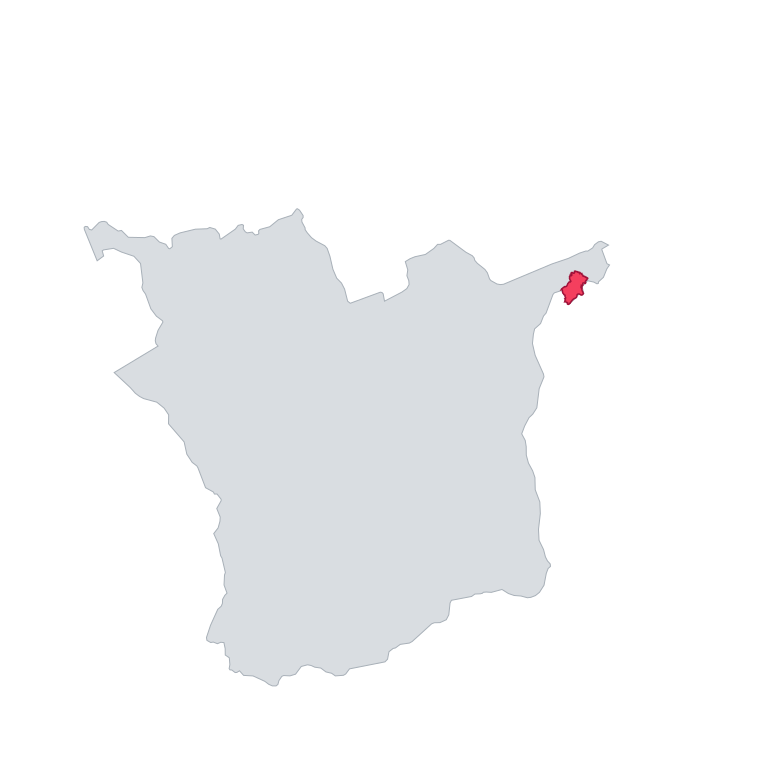 Luozi, Bas-Congo, Democratic Republic of the Congo shown in context, rotated 158°
{"feature_id": "63176286B40063645047483", "entity_name": "Luozi", "entity_type": "district", "adm_level": 2, "iso_a3": "COD", "parent_name": "Democratic Republic of the Congo", "parent_adm1": "Bas-Congo", "projection": "mercator", "projection_center": [13.9, -4.819], "detail": "fine", "context": "in_parent", "style": "filled", "palette": "rose", "viewbox_px": 768, "rotation_deg": 158, "n_neighbors": 0, "source": "geoboundaries", "source_scale": "gbopen_adm2", "svg_char_len": 8153}
<svg xmlns="http://www.w3.org/2000/svg" viewBox="0 0 768 768"><g transform="rotate(158 384 384)"><path d="M629.9,495.7L579.3,503.8L580.3,506.7L579.9,509.7L578.6,512.1L573.4,518.4L565.8,524.2L565.7,525.6L569.6,532.1L572.0,541.0L571.4,556.7L572.4,560.9L572.3,564.3L569.7,568.0L564.6,586.9L568.0,596.1L578.0,604.7L583.9,611.1L593.8,613.4L595.4,613.0L596.0,607.7L603.8,605.7L603.9,639.7L603.3,641.6L601.9,642.0L599.9,640.9L599.3,637.7L597.3,636.3L587.6,640.5L585.2,640.4L582.5,639.6L580.5,637.9L580.0,635.3L573.2,625.4L569.9,624.7L566.1,615.8L550.9,609.3L545.1,608.8L542.1,606.8L539.1,599.8L534.0,595.3L532.9,590.3L531.9,589.6L528.8,590.6L526.1,598.5L522.7,600.3L516.5,600.5L500.9,598.2L489.8,594.2L486.9,594.4L482.4,590.8L480.6,584.7L481.6,580.0L480.8,579.4L463.8,583.3L459.8,585.7L455.9,585.1L454.8,583.8L456.4,580.6L455.6,577.1L454.3,575.4L449.3,574.2L447.7,570.4L444.7,569.9L443.7,570.4L442.9,573.0L441.1,573.8L431.0,572.6L420.4,575.9L406.3,575.0L399.6,579.0L398.6,578.9L397.2,576.8L395.9,570.5L396.6,568.7L398.7,567.4L399.4,564.9L398.7,558.3L399.3,556.7L398.5,552.9L396.4,546.8L393.4,541.9L387.1,534.4L385.9,531.0L386.3,522.7L388.4,509.5L388.2,499.8L385.6,493.5L385.0,486.7L386.7,474.4L385.0,471.5L353.0,470.5L351.6,469.6L351.0,467.9L352.5,460.6L333.0,462.5L327.1,463.9L323.5,466.8L322.3,470.5L322.2,475.8L319.2,480.9L318.4,489.5L313.0,490.4L307.6,490.4L297.1,488.6L287.0,491.0L282.0,493.4L279.4,492.3L270.3,493.1L269.1,492.5L258.7,475.5L254.1,469.9L253.2,467.2L253.5,464.6L252.3,461.0L247.5,452.4L246.5,448.3L246.8,442.0L246.2,439.9L241.8,434.4L238.9,432.6L235.8,431.7L183.4,432.4L166.1,431.4L153.5,432.1L147.1,431.7L145.3,430.9L139.6,432.0L136.5,434.3L132.0,435.5L129.2,435.0L123.8,428.7L131.2,427.6L131.7,427.0L132.2,412.0L130.3,409.9L134.2,407.3L140.6,400.7L146.8,398.4L147.6,397.0L149.0,397.1L151.3,399.9L156.6,403.5L163.3,400.3L164.0,399.4L164.8,393.0L166.5,392.4L169.3,393.8L170.9,393.8L173.8,392.0L182.3,388.7L184.8,392.9L182.5,396.6L183.6,399.2L183.8,403.3L185.2,404.2L191.9,404.7L193.8,403.7L207.2,389.0L210.6,387.3L216.2,381.4L223.7,378.7L226.9,374.1L231.2,365.9L233.1,354.0L232.4,333.5L233.0,330.7L241.9,321.5L251.2,304.7L257.4,300.3L262.1,298.5L269.3,292.4L275.0,286.2L274.2,278.8L275.6,272.7L278.7,264.8L279.7,256.6L278.7,247.8L279.1,240.7L283.4,229.3L283.7,216.3L287.6,205.3L295.2,191.4L298.8,181.0L298.1,170.7L299.1,163.2L298.7,158.7L297.3,154.9L298.0,152.5L300.9,151.5L304.5,147.6L311.0,137.5L317.9,132.6L322.8,131.1L327.8,131.2L331.1,132.1L336.4,136.1L342.6,139.2L347.1,143.1L351.6,149.3L362.5,150.6L367.1,152.8L370.0,153.7L371.0,153.1L373.3,153.4L378.4,155.2L382.4,154.2L402.5,158.2L404.8,156.2L410.4,145.7L414.6,142.1L421.5,141.8L426.8,143.8L429.7,143.8L454.3,134.7L457.5,134.3L466.5,136.5L472.3,135.0L474.7,135.4L479.7,133.9L483.8,127.5L487.2,126.0L522.7,132.8L528.1,129.5L530.7,129.1L538.5,131.6L540.9,135.4L545.7,138.8L549.0,144.3L554.3,147.4L557.0,150.3L560.1,152.3L566.5,153.1L574.7,148.1L580.5,148.6L586.3,151.3L588.3,151.2L592.6,148.3L594.9,145.2L597.2,144.5L600.6,145.9L603.4,148.8L605.9,153.0L614.8,162.4L623.3,166.4L625.4,172.2L628.5,171.7L630.1,172.2L632.3,175.9L633.9,176.6L634.2,178.1L632.0,181.6L630.0,188.1L632.7,192.2L630.4,198.1L629.3,204.2L632.1,205.7L635.7,205.6L639.0,208.7L641.5,209.2L644.2,212.6L643.6,215.4L635.2,225.3L622.5,237.4L618.2,238.9L616.0,241.1L614.4,244.7L610.7,247.7L607.9,248.9L607.6,257.6L603.4,266.7L601.7,268.6L599.4,283.3L599.8,285.9L597.5,297.9L597.9,309.1L591.7,312.7L587.5,318.2L585.7,322.0L585.7,331.2L578.7,336.8L578.2,338.1L580.0,344.5L582.5,345.5L582.6,347.7L588.3,354.7L587.9,376.0L588.2,378.1L591.2,383.2L593.1,392.8L591.0,405.2L598.7,427.8L595.2,436.1L596.9,444.0L601.5,452.3L612.3,460.5L615.2,463.9L618.0,468.5L620.5,475.5L629.9,495.7Z" fill="#d9dde1" stroke="#a8b0b8" stroke-width="1"/><path d="M184.3,405.1L184.2,405.1L183.9,405.1L183.7,404.9L183.6,404.7L183.5,404.3L183.5,404.1L183.6,403.8L183.7,403.6L183.7,403.3L183.8,402.9L183.9,402.6L184.0,402.4L184.1,401.8L184.1,401.4L184.1,401.2L184.0,400.9L183.8,400.5L183.7,400.2L183.7,399.9L183.7,399.5L183.6,399.4L183.4,399.1L183.1,398.9L183.0,398.7L182.9,398.6L182.9,398.3L183.1,398.1L183.2,397.8L183.3,397.5L183.4,397.2L183.4,396.8L183.4,396.3L183.4,396.0L183.3,395.7L183.7,395.4L184.0,395.3L184.2,395.2L184.3,395.0L184.3,394.7L184.4,394.8L184.4,394.2L184.5,394.0L184.6,393.8L184.8,393.7L185.1,393.4L185.2,393.2L185.3,392.9L185.7,392.5L185.4,392.4L185.2,392.4L184.7,392.1L184.6,391.9L184.4,391.6L184.1,391.4L183.8,391.2L183.6,390.9L183.5,390.7L183.4,390.5L183.6,390.4L183.8,390.2L184.0,389.7L183.8,389.2L183.7,389.0L183.5,388.9L183.1,388.7L182.7,388.8L182.3,388.8L182.1,389.0L181.9,389.1L181.7,389.2L181.3,389.1L181.1,389.2L180.8,389.6L180.4,389.8L180.1,390.0L179.7,390.2L179.4,390.4L179.1,390.6L178.9,390.8L178.5,390.9L178.2,391.1L177.6,391.4L177.2,391.5L176.8,391.7L176.5,391.8L176.1,391.9L175.7,391.9L175.3,391.9L174.8,391.9L174.4,392.0L174.0,392.0L173.7,392.1L173.4,392.2L173.0,392.4L172.8,392.5L172.6,392.9L172.4,393.1L172.2,393.4L171.9,393.8L171.8,394.0L171.6,394.3L171.3,394.6L171.0,394.7L170.5,394.7L170.2,394.7L169.8,394.5L169.6,394.5L169.3,394.3L169.1,394.2L168.9,393.9L168.7,393.7L168.4,393.3L168.3,393.1L168.2,393.0L168.1,392.9L167.9,392.6L167.6,392.5L167.4,392.4L166.9,392.4L166.5,392.4L166.3,392.5L166.0,392.7L165.7,392.9L165.3,393.1L165.2,393.4L165.2,393.8L165.2,394.4L165.2,395.3L165.3,395.6L165.3,396.4L165.2,397.0L165.0,397.8L164.9,398.1L164.8,398.4L164.5,398.6L164.4,398.8L164.6,398.9L165.0,399.1L165.2,399.4L165.2,399.6L165.1,399.9L165.0,400.3L164.8,400.4L164.6,400.4L164.4,400.3L164.1,400.2L163.8,400.3L163.8,400.5L164.0,400.7L164.1,400.8L164.2,401.0L164.2,401.3L164.1,401.7L163.8,401.6L163.5,401.5L163.2,401.3L163.0,401.1L162.8,401.0L162.6,401.2L162.4,401.4L162.3,401.6L162.2,402.0L162.2,402.4L162.1,402.7L161.8,403.0L161.6,403.1L161.4,403.0L161.2,403.0L160.9,402.9L160.7,402.8L160.5,402.7L160.3,402.5L160.2,402.2L160.0,401.9L159.8,401.8L159.7,401.8L159.4,402.0L159.2,402.2L159.0,402.4L158.9,402.8L159.0,403.0L159.1,403.3L159.0,403.5L158.7,403.8L158.4,404.0L158.1,404.2L157.9,404.4L157.7,404.3L157.4,404.3L157.2,404.5L156.9,404.7L156.6,405.0L156.2,405.2L155.8,405.3L155.5,405.6L155.5,405.9L155.6,406.1L155.8,406.3L155.9,406.5L156.1,406.6L156.2,406.8L156.4,406.8L156.4,407.0L156.6,407.1L156.8,407.3L157.2,407.4L157.3,407.7L157.2,407.8L157.4,407.9L157.4,408.0L157.4,408.3L157.5,408.5L157.8,408.8L158.1,408.8L158.4,408.9L158.9,409.5L159.0,409.5L159.0,409.9L158.8,410.1L158.9,410.5L159.0,410.6L159.3,411.0L159.4,411.3L159.5,411.4L159.6,411.6L159.7,411.9L159.6,412.0L159.8,412.0L159.9,412.3L160.0,412.6L159.9,412.7L160.0,412.8L160.0,413.0L160.3,413.2L160.6,413.7L160.7,413.8L160.9,413.9L160.8,414.0L160.7,414.1L161.1,414.4L161.3,414.1L161.3,414.4L161.6,414.6L161.7,414.8L161.9,414.8L162.0,414.9L162.3,415.0L162.2,415.2L162.6,415.7L162.7,415.8L162.9,415.8L163.3,416.0L163.8,416.6L164.0,416.6L164.2,416.9L164.3,417.0L164.8,417.2L165.2,417.2L165.3,417.0L165.3,416.9L165.3,416.6L165.3,416.3L165.6,416.0L165.7,415.9L165.8,415.9L165.9,415.7L166.0,415.6L166.4,415.5L166.8,415.7L166.9,416.0L167.0,416.1L167.2,416.4L167.7,416.9L168.0,417.0L168.5,417.1L168.7,416.9L168.8,416.9L168.9,416.7L169.0,416.5L168.9,416.4L169.0,416.4L169.2,416.2L169.1,415.7L169.2,415.8L169.3,416.0L169.4,415.9L169.5,415.9L169.5,415.5L169.4,415.3L169.4,414.7L169.7,414.6L169.8,414.3L170.0,414.4L170.1,414.5L170.3,414.5L170.5,414.6L170.8,414.6L171.1,414.4L171.1,414.5L171.4,414.1L171.6,414.2L171.8,414.0L171.7,413.9L171.8,413.6L172.2,412.8L172.3,412.6L172.5,412.2L172.4,412.0L172.5,411.8L172.5,411.7L172.5,410.6L172.4,410.5L172.4,410.2L172.3,409.9L172.2,409.5L172.2,409.4L172.4,409.4L172.4,409.5L172.7,409.4L172.8,409.3L172.9,409.2L172.9,408.9L173.0,408.8L173.3,408.8L173.8,409.2L174.3,409.2L175.0,408.7L175.4,408.5L175.9,408.3L176.2,408.0L176.3,407.9L176.6,407.6L177.1,407.0L177.3,406.9L177.5,406.7L177.8,406.5L177.9,406.4L178.2,406.3L178.3,406.2L178.6,406.3L178.8,406.3L179.1,406.3L179.2,406.2L179.3,406.2L179.5,406.3L179.8,406.4L179.9,406.6L180.0,406.6L180.3,406.6L180.6,406.4L181.1,406.3L181.3,406.4L181.6,406.3L182.1,406.1L182.8,405.8L183.0,405.8L183.4,405.7L183.6,405.7L184.3,405.1Z" fill="#f43f5e" stroke="#9f1239" stroke-width="1.5"/></g></svg>